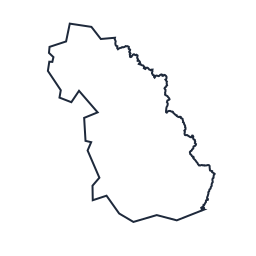 Yei, Central Equatoria, South Sudan, rotated 193°
{"feature_id": "79223893B15931514297219", "entity_name": "Yei", "entity_type": "district", "adm_level": 2, "iso_a3": "SSD", "parent_name": "South Sudan", "parent_adm1": "Central Equatoria", "projection": "natural_earth1", "projection_center": [30.16, 4.243], "detail": "fine", "context": "isolated", "style": "outline", "palette": "slate", "viewbox_px": 256, "rotation_deg": 193, "n_neighbors": 0, "source": "geoboundaries", "source_scale": "gbopen_adm2", "svg_char_len": 4362}
<svg xmlns="http://www.w3.org/2000/svg" viewBox="0 0 256 256"><g transform="rotate(193 128 128)"><path d="M222.7,189.4L221.9,183.4L216.6,180.3L216.6,175.4L219.6,174.9L218.9,165.6L202.0,149.7L201.6,142.2L189.0,140.4L184.1,153.2L161.1,136.4L173.0,128.0L166.5,105.9L160.7,105.9L162.3,97.0L144.7,73.1L149.6,63.8L146.1,49.7L133.7,57.2L117.4,42.7L101.6,37.7L80.4,49.6L59.7,49.0L35.4,65.7L35.6,65.7L36.0,67.1L38.2,66.0L38.7,66.8L37.1,68.4L37.1,70.0L36.5,70.0L36.1,71.5L35.9,72.3L35.4,73.4L35.7,74.6L35.4,75.4L34.1,75.9L34.1,76.7L35.2,77.4L35.3,78.4L35.0,79.9L35.0,81.2L34.9,81.6L34.9,82.3L35.2,83.1L35.3,83.6L34.8,84.3L34.7,84.6L34.7,85.1L34.8,85.5L34.8,86.4L34.1,87.2L33.9,87.9L34.0,88.7L34.0,89.2L33.5,90.1L33.5,90.9L33.8,91.4L33.8,92.1L33.8,93.1L33.6,93.5L33.3,94.1L33.5,95.1L33.8,95.7L34.1,96.4L34.2,97.2L34.1,98.0L33.6,98.3L33.5,99.3L33.7,99.8L33.8,100.7L33.8,101.7L33.3,102.3L33.3,102.9L34.1,103.2L35.2,103.6L36.1,103.9L36.3,104.9L37.2,104.9L37.8,105.0L38.5,105.1L38.9,105.8L39.0,106.5L39.4,107.3L39.7,108.4L39.9,109.3L40.8,110.0L41.8,109.9L43.1,109.2L43.8,109.0L45.0,108.6L45.6,108.9L46.4,108.4L47.2,108.5L47.6,108.6L48.9,108.0L49.4,107.6L50.1,107.8L50.5,107.6L50.9,108.0L51.6,108.4L52.5,109.6L53.7,110.4L54.5,111.2L55.5,112.0L56.6,112.6L57.7,113.5L57.4,114.1L57.8,114.7L58.7,114.7L59.4,115.0L59.9,115.7L60.8,116.3L61.4,116.5L61.8,117.4L62.1,117.8L62.3,118.6L61.7,119.7L61.1,120.0L60.8,120.8L60.8,121.3L60.3,122.1L59.8,122.6L59.8,123.2L60.0,124.1L60.0,124.7L59.4,125.3L58.7,125.6L58.5,125.9L58.1,126.8L58.1,127.6L58.6,127.8L59.5,128.4L59.4,129.2L59.4,129.8L60.0,130.4L60.0,131.2L60.7,131.6L61.5,131.7L62.0,132.2L62.5,133.4L62.4,134.2L63.1,135.1L63.7,135.1L64.0,134.3L64.1,133.3L65.2,133.1L65.8,133.3L66.4,133.5L67.1,133.8L68.1,134.1L68.5,134.4L69.3,134.3L69.9,134.0L70.9,134.0L71.2,134.3L71.7,135.4L71.7,136.2L71.7,137.0L71.9,137.6L72.5,138.0L72.2,138.8L71.8,139.3L71.7,139.8L71.8,140.3L72.1,141.3L72.6,141.6L72.7,142.7L73.4,143.7L74.0,144.1L74.5,145.3L74.9,145.8L75.7,146.0L75.7,146.7L76.2,147.7L76.7,148.6L76.9,149.2L77.8,149.5L78.5,149.5L78.7,149.9L79.0,150.6L79.9,150.7L80.5,150.1L81.6,150.1L82.2,150.4L83.2,150.6L83.4,151.3L84.0,151.4L84.5,151.4L85.1,151.7L86.4,152.5L87.5,153.1L87.7,153.7L88.3,154.0L89.1,153.7L89.9,153.9L90.7,154.1L91.8,153.9L92.8,153.3L93.3,152.6L93.7,151.7L94.4,151.9L94.6,152.4L94.8,153.5L94.9,154.1L94.9,154.9L95.1,155.8L95.1,157.1L94.6,158.6L94.6,159.4L94.7,160.6L95.2,161.3L95.9,162.0L95.8,162.5L95.8,163.6L95.1,164.2L94.5,164.6L94.0,165.2L94.4,166.0L95.2,166.7L96.0,167.2L96.7,167.9L97.7,168.2L98.5,168.4L99.4,168.8L99.4,169.9L99.8,170.5L99.8,171.2L99.7,171.8L99.9,172.6L100.0,173.6L100.5,174.0L101.3,174.7L101.2,175.6L100.7,176.2L100.1,176.9L100.1,177.8L99.5,178.4L99.8,178.9L100.3,179.9L100.5,181.0L99.9,181.5L100.0,181.4L100.6,182.1L101.2,182.4L101.8,183.0L102.4,183.6L101.8,184.1L101.7,184.9L101.8,185.6L101.9,186.4L102.6,187.2L103.3,187.6L103.9,187.9L104.7,187.9L105.1,187.1L105.8,186.6L106.4,186.7L106.7,187.6L107.6,187.7L108.4,187.1L108.8,186.6L109.5,185.6L109.9,185.4L110.9,185.5L112.1,185.5L113.0,184.9L113.0,184.0L113.4,183.1L114.1,183.6L114.3,184.5L114.5,185.1L115.3,185.3L115.8,185.3L116.3,186.1L116.9,186.6L117.1,187.7L116.9,188.6L117.3,189.8L117.3,190.4L118.3,190.1L118.9,189.4L119.7,189.7L120.4,189.7L121.4,190.5L122.2,191.0L123.0,191.1L123.9,190.6L124.2,189.8L124.4,189.4L125.0,189.5L125.0,190.1L126.0,190.0L126.0,190.7L125.8,191.2L126.4,191.6L127.2,192.3L127.8,192.3L128.8,192.3L129.5,192.5L129.8,192.9L130.6,192.7L131.4,192.7L131.9,192.8L131.7,193.4L131.2,193.7L130.9,194.3L131.2,195.0L131.8,195.6L132.6,196.1L133.3,195.7L133.7,195.6L133.9,196.3L133.7,197.1L134.2,197.9L134.8,198.3L135.0,199.4L134.9,200.1L135.0,200.8L136.2,201.3L137.0,200.7L137.5,200.7L138.3,201.1L138.8,201.2L139.6,200.6L140.0,199.7L140.5,198.8L140.7,198.1L141.4,197.7L142.1,197.9L142.3,199.2L142.8,199.8L142.8,200.5L142.4,201.2L143.0,201.9L143.6,202.0L144.0,202.9L143.5,203.8L143.5,204.7L144.2,205.2L145.0,205.2L145.3,205.7L145.3,206.5L145.4,207.2L146.0,207.4L147.0,207.6L147.6,207.3L148.7,207.3L149.5,206.3L150.9,205.5L151.9,205.5L152.4,204.8L153.7,204.2L154.9,203.3L155.5,202.5L156.5,203.4L156.8,205.3L157.6,205.4L158.2,205.5L158.6,205.9L159.0,206.6L159.4,207.7L159.5,208.7L159.5,209.7L160.3,210.8L161.0,211.7L161.0,213.0L174.5,208.6L186.4,218.3L208.2,216.6L207.8,198.4L222.7,189.4Z" fill="none" stroke="#1e293b" stroke-width="2"/></g></svg>